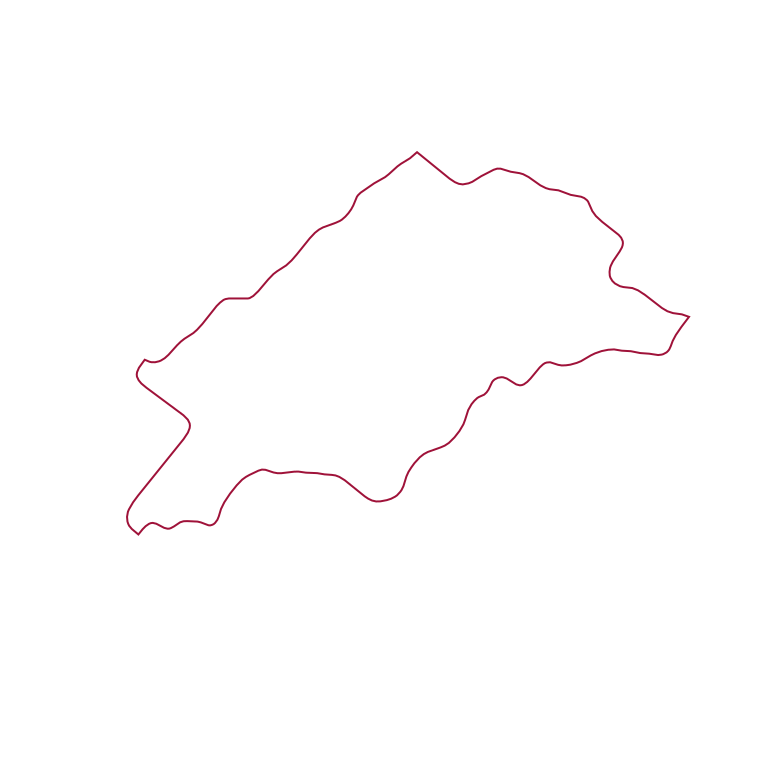 Consuelo, San Pedro de Macorís, Dominican Republic (Equal Earth projection), rotated 218°
{"feature_id": "3306468B14471946980605", "entity_name": "Consuelo", "entity_type": "district", "adm_level": 2, "iso_a3": "DOM", "parent_name": "Dominican Republic", "parent_adm1": "San Pedro de Macorís", "projection": "equal_earth", "projection_center": [-69.258, 18.6], "detail": "fine", "context": "isolated", "style": "outline", "palette": "rose", "viewbox_px": 768, "rotation_deg": 218, "n_neighbors": 0, "source": "geoboundaries", "source_scale": "gbopen_adm2", "svg_char_len": 3142}
<svg xmlns="http://www.w3.org/2000/svg" viewBox="0 0 768 768"><g transform="rotate(218 384 384)"><path d="M484.9,114.2L484.8,120.9L484.3,125.2L483.1,129.1L482.1,130.8L480.7,132.2L477.4,133.7L468.7,135.3L465.5,136.7L464.1,137.9L463.2,139.3L461.8,142.5L459.5,149.5L457.5,152.4L454.8,154.7L446.2,160.8L443.1,162.2L435.4,164.6L434.0,165.5L432.9,166.9L432.0,168.6L431.6,170.5L431.7,174.5L432.7,178.0L435.5,185.2L437.0,192.4L437.8,202.9L437.7,213.5L436.9,221.3L435.6,225.8L434.0,229.6L429.6,238.4L427.5,241.4L424.6,243.4L416.5,246.3L413.1,248.1L409.9,250.6L400.7,259.7L397.5,262.3L390.9,266.1L381.8,272.6L375.2,276.2L369.1,280.3L365.9,282.1L362.0,283.3L355.7,284.0L330.1,283.6L325.9,283.9L321.7,284.8L317.9,286.6L314.6,289.3L310.3,294.2L307.8,297.9L305.9,302.0L305.2,304.3L304.8,309.0L304.9,311.2L305.8,315.5L309.4,324.9L310.6,329.8L311.1,335.0L311.3,340.3L310.7,348.2L309.5,353.2L307.6,357.5L300.4,368.8L298.2,372.8L296.6,377.5L295.6,385.3L295.6,393.3L296.6,401.1L298.0,405.6L301.6,415.3L302.6,422.0L302.5,426.3L301.9,430.3L301.3,432.0L298.5,437.3L298.0,440.6L298.2,444.1L300.0,452.1L300.0,453.9L299.6,455.8L298.1,459.0L295.7,461.6L294.3,462.6L290.7,463.9L279.5,465.1L276.1,466.6L274.7,468.0L273.6,469.8L272.4,473.9L271.9,478.5L271.5,492.9L270.8,497.3L270.1,499.4L269.0,501.1L266.5,503.4L258.6,506.3L255.3,508.1L252.1,510.8L249.1,513.9L245.1,519.3L242.8,523.3L238.7,533.7L236.6,538.0L232.8,543.9L228.4,549.0L224.0,552.9L217.2,556.6L209.7,561.8L201.2,566.1L193.6,571.2L185.8,575.6L183.3,578.1L182.3,579.5L180.8,582.9L180.5,584.9L180.5,586.8L181.3,590.3L183.0,595.6L184.2,602.3L184.8,612.1L185.0,624.7L192.1,622.3L199.9,617.8L205.5,615.8L211.7,615.0L233.1,614.9L241.5,614.2L247.4,612.5L255.0,607.8L258.4,606.3L263.9,605.4L267.5,605.8L271.1,607.2L272.7,608.3L275.3,611.2L277.4,614.8L278.1,616.8L279.1,621.6L279.9,633.6L280.6,638.1L281.3,640.1L282.4,642.0L283.8,643.5L287.2,645.3L291.0,646.0L311.9,646.1L320.4,646.8L326.3,648.5L335.5,653.4L337.2,653.8L340.7,653.8L344.0,652.9L353.3,648.0L365.8,644.0L373.5,639.4L377.1,638.0L383.1,636.8L397.5,636.1L403.5,635.0L407.0,633.6L414.8,629.3L424.6,625.5L427.4,623.4L429.5,620.3L435.3,607.7L438.9,597.7L440.9,594.2L444.8,589.8L448.3,587.8L452.4,586.7L458.8,586.2L500.7,587.0L502.5,577.9L506.2,568.0L507.4,563.7L509.4,552.2L510.5,547.7L515.3,536.1L520.2,520.4L520.7,516.7L520.6,514.8L518.1,505.7L517.4,501.4L517.2,496.8L517.5,492.1L518.4,487.5L519.2,485.3L521.3,481.3L528.5,469.8L530.3,465.6L531.5,460.7L532.2,453.1L532.5,432.3L532.9,424.5L534.1,417.2L537.6,407.2L538.8,402.7L539.6,395.2L540.2,379.9L541.2,372.9L542.8,368.9L544.0,367.5L558.8,356.0L561.2,353.3L562.2,351.5L563.3,347.2L563.9,342.5L564.1,319.4L564.7,311.7L565.6,306.8L569.1,296.8L570.2,292.3L570.9,287.2L571.8,274.3L572.7,269.3L574.3,265.0L575.3,263.3L577.8,260.2L580.7,258.0L582.4,257.2L587.5,255.8L587.1,245.9L585.9,241.4L584.8,239.4L583.2,237.7L579.6,235.9L575.5,235.0L568.9,234.8L522.8,235.9L516.6,235.1L512.9,233.3L511.3,231.7L510.0,229.6L508.6,225.0L508.0,217.2L509.1,144.8L508.9,136.3L507.8,128.2L507.1,125.6L504.7,121.1L501.5,117.7L499.6,116.4L497.6,115.4L493.5,114.5L484.9,114.2Z" fill="none" stroke="#9f1239" stroke-width="2"/></g></svg>